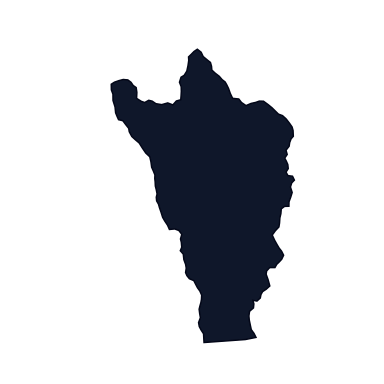 São José de Ubá, Rio de Janeiro, Brazil (Mercator projection), rotated 114°
{"feature_id": "56859067B33717371595931", "entity_name": "São José de Ubá", "entity_type": "district", "adm_level": 2, "iso_a3": "BRA", "parent_name": "Brazil", "parent_adm1": "Rio de Janeiro", "projection": "mercator", "projection_center": [-41.953, -21.389], "detail": "fine", "context": "isolated", "style": "filled", "palette": "ink", "viewbox_px": 384, "rotation_deg": 114, "n_neighbors": 0, "source": "geoboundaries", "source_scale": "gbopen_adm2", "svg_char_len": 2351}
<svg xmlns="http://www.w3.org/2000/svg" viewBox="0 0 384 384"><g transform="rotate(114 192 192)"><path d="M324.6,119.8L305.1,83.3L298.8,74.4L296.0,77.8L293.6,81.9L289.6,84.8L285.7,87.6L282.1,89.6L277.6,90.9L272.9,88.7L269.0,90.0L266.2,92.4L265.2,88.3L261.1,86.5L257.6,87.3L254.3,87.0L250.7,84.7L246.2,82.7L241.3,86.7L236.9,90.9L233.7,91.7L229.5,90.3L227.3,85.5L223.7,85.2L220.5,83.9L217.0,82.7L212.5,82.6L209.7,86.0L207.8,89.6L205.6,92.7L202.7,96.6L198.7,101.2L193.5,100.1L188.6,98.4L184.8,99.4L179.9,101.2L175.6,102.0L171.1,103.6L167.5,101.6L165.6,97.7L161.5,99.4L156.7,99.7L151.7,100.3L147.4,104.1L143.1,104.6L139.5,103.3L136.7,106.6L138.0,111.0L135.6,114.2L131.5,113.6L128.0,115.6L125.7,118.1L123.3,121.1L119.0,120.3L115.6,123.1L110.7,121.9L107.0,122.9L103.1,123.1L99.9,122.1L94.7,124.7L91.9,127.0L89.7,130.6L87.0,135.6L85.4,140.4L85.7,144.7L84.2,148.7L82.5,153.2L81.2,158.0L80.0,163.6L81.6,167.5L84.2,170.2L87.1,174.1L91.1,177.8L90.1,183.2L88.0,187.1L89.9,193.0L86.4,197.1L82.5,200.8L79.9,203.9L78.0,206.5L77.1,210.2L75.2,214.2L74.0,219.2L72.5,223.5L69.2,225.3L66.2,227.8L65.2,231.6L63.7,236.9L60.6,240.5L59.4,245.2L62.8,247.3L66.8,248.8L70.0,250.1L73.1,248.5L78.4,247.0L83.7,245.9L88.6,246.6L91.6,248.7L96.8,248.1L100.2,244.7L104.4,242.7L108.6,241.1L112.3,239.8L115.2,243.3L120.2,244.9L120.5,250.4L124.5,255.2L126.0,260.9L125.2,265.3L125.8,268.8L129.5,271.6L129.8,275.2L129.0,280.7L123.4,282.9L119.3,285.5L118.6,289.1L116.6,292.3L115.7,296.2L117.2,300.6L120.1,304.2L123.2,307.5L126.4,309.6L131.5,307.2L134.8,304.0L140.5,301.4L145.6,296.9L150.7,294.0L153.4,291.2L155.8,288.5L155.0,284.2L157.4,279.9L159.6,275.7L162.5,273.8L165.8,269.5L167.3,265.0L168.7,260.2L172.1,255.1L175.2,250.1L177.0,244.9L181.1,241.8L185.8,238.9L188.5,235.9L191.5,232.8L194.8,231.5L197.7,229.8L201.5,227.9L204.4,225.6L208.0,223.1L211.3,222.5L214.5,220.7L216.8,217.6L219.5,215.4L222.9,212.2L227.1,208.5L229.5,205.2L232.3,200.8L235.4,197.4L232.8,192.8L232.5,188.4L234.8,184.1L239.6,183.4L242.3,181.3L246.6,178.9L250.4,178.8L252.3,174.7L257.1,171.9L260.7,168.4L263.9,166.3L268.2,165.1L270.5,162.6L272.3,159.1L272.2,154.3L274.5,151.5L277.2,148.1L279.3,144.5L282.3,141.2L286.2,139.7L289.4,138.9L292.9,138.4L296.2,137.8L300.0,135.5L303.4,133.2L308.6,132.9L312.0,130.6L314.4,127.5L316.8,123.8L321.1,121.6L324.6,119.8Z" fill="#0f172a" stroke="#020617" stroke-width="1.5"/></g></svg>